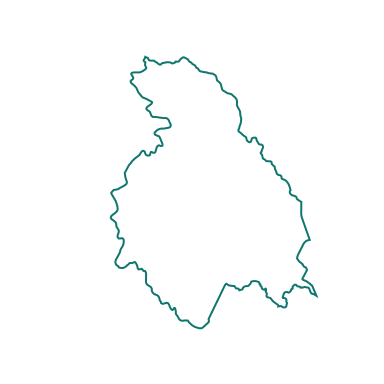 outline of Bolívar, rotated 68°
{"feature_id": "VEN-39", "entity_name": "Bolívar", "entity_type": "State", "adm_level": 1, "iso_a3": "VEN", "parent_name": "Venezuela", "parent_adm1": "", "projection": "mercator", "projection_center": [-63.762, 6.004], "detail": "fine", "context": "isolated", "style": "outline", "palette": "teal", "viewbox_px": 384, "rotation_deg": 68, "n_neighbors": 0, "source": "natural_earth", "source_scale": "10m", "svg_char_len": 6061}
<svg xmlns="http://www.w3.org/2000/svg" viewBox="0 0 384 384"><g transform="rotate(68 192 192)"><path d="M334.8,115.5L331.8,117.8L331.5,118.7L330.5,119.4L328.8,119.6L325.4,119.5L324.5,119.8L324.0,120.4L323.2,121.8L322.1,123.3L322.2,124.8L321.6,125.9L321.7,126.5L321.5,127.0L321.2,127.3L320.6,127.2L320.3,127.4L318.8,129.7L317.0,130.3L316.4,131.4L316.7,132.6L317.6,134.3L318.6,134.6L319.2,134.9L319.4,135.2L319.3,136.1L319.5,136.5L320.4,137.0L321.5,139.2L321.5,140.1L320.4,141.3L319.9,142.4L319.9,143.6L320.5,144.8L323.7,147.4L324.2,147.4L325.1,145.8L325.7,145.2L326.5,144.9L327.6,144.9L328.9,145.6L330.6,145.5L333.5,147.6L333.8,148.2L333.8,148.9L333.4,150.2L333.0,150.8L331.1,152.2L330.8,152.9L330.4,154.9L329.8,154.5L328.7,154.7L323.6,157.9L320.0,158.9L319.4,159.4L317.6,161.7L316.8,162.0L316.2,161.8L314.7,160.9L313.9,160.7L312.2,161.0L311.7,160.8L310.8,160.1L309.4,159.8L309.1,160.0L309.2,160.4L309.6,161.0L309.7,161.7L308.3,163.1L307.5,163.3L305.7,163.0L305.0,163.6L303.3,163.2L302.9,163.9L301.3,163.6L300.5,163.8L298.9,165.7L298.1,167.1L297.6,168.6L297.3,170.0L297.4,170.8L298.9,172.0L299.6,173.8L300.1,174.8L300.2,175.4L299.6,176.8L299.3,178.7L299.9,180.6L300.6,181.1L301.1,181.8L300.9,184.9L299.3,185.1L298.8,185.5L298.0,187.1L297.5,187.4L295.5,187.8L295.0,188.1L294.1,190.0L292.3,192.9L290.4,194.1L289.9,194.6L290.6,196.2L316.0,224.2L317.2,224.4L318.2,224.8L319.0,225.5L321.6,232.4L321.9,234.3L321.1,236.3L318.4,239.6L316.9,240.9L315.1,242.1L311.3,243.8L309.8,243.9L309.5,244.3L308.4,246.8L307.8,249.3L306.6,250.8L305.2,251.5L301.9,251.9L299.0,252.6L296.2,251.6L293.9,251.3L293.2,251.4L292.9,251.9L293.9,253.5L294.1,254.3L293.5,254.9L292.5,255.3L290.6,255.5L287.5,255.5L285.8,256.1L285.2,257.2L284.9,260.3L284.8,260.8L284.2,261.7L283.2,262.3L281.9,262.0L280.3,262.5L278.7,262.1L276.4,262.1L274.7,262.9L272.7,265.1L271.3,265.9L269.6,266.3L268.7,266.3L266.4,265.5L264.6,265.8L261.6,268.0L259.9,268.6L258.3,268.4L250.7,265.2L249.0,264.9L247.6,265.2L247.3,266.1L246.8,266.6L244.6,267.2L244.3,267.6L244.2,269.1L243.7,270.6L242.6,270.9L239.3,270.4L236.4,270.8L235.5,271.3L235.4,271.9L235.5,273.6L234.6,276.2L234.8,277.2L235.4,278.2L235.5,279.2L236.2,280.8L236.6,282.4L236.6,284.1L236.2,285.7L234.7,287.9L234.3,288.2L233.3,288.1L231.3,289.5L230.6,289.6L229.0,289.5L228.2,289.3L226.4,288.1L225.3,286.6L221.1,281.6L218.6,279.8L216.3,276.7L214.9,275.3L212.3,273.8L210.7,273.3L209.4,273.4L208.4,274.6L208.2,276.1L207.6,277.4L206.0,277.9L204.2,277.1L201.5,274.7L199.6,274.3L196.6,274.9L195.6,275.0L193.2,274.2L191.5,274.2L189.8,275.0L186.7,276.9L185.0,276.8L184.0,275.7L183.4,274.0L182.7,271.2L181.6,268.6L180.7,267.8L179.7,267.2L177.0,266.5L172.0,266.1L163.1,267.4L162.4,267.1L160.8,263.9L161.5,260.7L161.6,259.0L161.3,257.6L160.7,252.4L160.3,250.6L160.0,249.9L159.5,249.3L158.6,248.7L157.2,248.5L153.6,248.3L149.1,247.2L143.4,240.3L142.3,237.9L140.9,235.8L139.5,232.3L138.0,226.6L136.3,224.7L135.6,223.3L135.3,222.4L135.9,221.3L136.8,220.8L139.4,220.9L140.5,220.6L141.5,219.7L142.1,218.1L142.0,217.2L139.8,215.5L139.5,215.0L139.7,214.4L141.1,213.4L141.5,212.3L141.4,211.3L141.1,210.9L137.2,207.8L136.7,207.2L136.3,205.9L136.3,205.2L137.8,203.6L138.0,202.6L137.9,202.0L137.4,201.7L136.2,201.4L129.4,201.4L127.9,201.8L126.8,203.1L125.4,204.4L124.9,204.8L123.7,204.8L122.9,204.3L122.6,203.8L121.5,200.8L121.4,198.2L121.9,196.1L122.6,194.7L123.7,189.2L123.6,188.2L123.4,187.6L122.4,186.8L121.6,186.5L116.6,186.7L115.7,186.9L113.9,188.0L112.7,190.9L108.4,198.3L107.9,200.0L107.3,200.5L106.0,201.1L102.2,201.0L101.6,201.2L99.3,202.7L98.1,203.2L97.4,203.0L97.0,202.7L96.2,201.1L95.2,196.8L94.4,195.8L94.1,195.5L93.5,195.4L88.5,199.5L85.8,202.3L85.1,202.7L79.5,204.4L74.6,204.6L72.0,205.5L68.5,207.4L67.3,207.6L66.4,207.5L65.9,207.1L65.2,204.6L64.3,203.8L63.7,203.6L62.7,203.7L60.5,204.2L59.6,204.0L59.2,203.5L59.1,202.5L59.3,201.1L61.4,196.0L61.6,195.0L61.4,192.0L60.8,189.4L60.3,188.4L59.6,187.9L57.1,188.0L55.9,187.7L54.7,186.8L54.2,186.6L53.0,187.5L52.1,187.6L51.3,187.1L50.4,185.6L49.2,184.7L50.1,184.0L51.0,182.8L51.5,182.6L53.2,182.7L54.0,182.2L54.5,181.5L56.1,177.9L57.6,177.2L58.8,176.1L60.6,175.2L61.9,174.1L62.1,173.4L61.4,171.3L62.2,166.9L63.2,164.4L63.9,163.5L65.4,162.2L65.7,161.1L65.6,159.5L65.4,158.7L64.9,158.4L66.0,155.9L65.9,155.0L64.7,153.2L64.1,151.5L63.8,149.8L64.4,148.7L67.5,146.1L69.2,145.9L70.1,145.6L71.6,144.3L73.4,143.7L75.5,142.0L76.4,141.7L78.4,141.4L79.5,140.3L80.3,140.1L81.9,139.9L82.7,139.5L83.4,138.8L85.8,135.3L86.4,133.8L87.9,132.3L90.1,128.4L92.3,126.8L93.4,126.4L94.4,126.4L97.7,126.9L98.5,126.7L100.1,125.7L101.9,125.0L103.8,125.0L107.7,125.6L108.7,125.5L109.5,125.2L113.7,122.1L115.5,119.5L116.3,118.7L121.0,116.4L123.0,116.0L125.2,116.4L128.0,117.7L129.0,117.9L134.6,117.3L135.8,117.4L139.2,118.5L141.5,118.7L142.7,119.0L144.9,120.1L147.0,121.5L149.4,123.7L150.4,124.2L151.8,125.7L152.5,126.0L153.2,126.0L153.9,125.7L156.3,124.3L158.6,123.3L161.2,121.5L161.9,121.4L164.6,121.8L165.7,121.4L166.8,120.7L167.5,119.8L167.4,118.6L166.6,117.8L164.8,116.5L164.6,115.3L165.2,113.0L165.7,112.5L166.4,112.4L168.6,112.7L172.5,112.0L173.1,111.7L173.4,111.2L174.1,109.7L175.3,109.1L176.6,109.1L177.3,109.5L179.9,111.9L180.8,112.5L181.0,113.4L181.5,113.7L182.2,113.7L183.9,113.1L186.4,113.6L187.7,113.6L188.4,113.1L189.2,112.3L191.1,111.6L191.4,111.2L192.9,107.9L193.3,107.4L194.0,107.1L196.0,107.5L197.3,107.0L199.1,106.0L199.7,105.9L201.9,106.4L204.5,106.3L206.7,106.5L207.4,106.3L208.5,105.5L209.7,103.8L210.4,103.4L211.1,103.3L213.1,103.8L213.9,103.3L215.5,101.5L216.3,100.9L217.3,100.4L219.3,99.8L221.2,99.5L223.2,99.5L227.2,99.9L227.8,100.9L228.8,101.5L229.9,101.6L231.1,101.3L232.8,100.2L233.9,98.5L235.4,97.3L235.9,97.1L237.3,97.3L238.3,97.1L242.2,94.4L253.6,99.1L256.2,99.7L280.5,100.8L280.1,104.0L280.3,104.9L281.5,107.6L290.0,117.3L291.5,118.6L293.0,119.5L296.1,118.8L297.4,118.3L298.5,117.4L299.3,117.2L300.5,116.5L302.1,116.4L303.1,116.1L304.9,114.6L306.9,114.5L307.5,114.7L313.8,122.1L314.3,122.3L315.0,122.0L317.3,119.6L321.6,116.8L322.8,116.4L323.8,115.7L334.8,115.5Z" fill="none" stroke="#0f766e" stroke-width="2"/></g></svg>